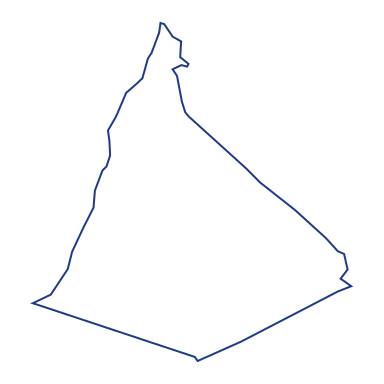 Agat, Guam
{"feature_id": "77769853B39660846480906", "entity_name": "Agat", "entity_type": "district", "adm_level": 2, "iso_a3": "GUM", "parent_name": "Guam", "parent_adm1": "", "projection": "orthographic", "projection_center": [144.666, 13.365], "detail": "fine", "context": "isolated", "style": "outline", "palette": "blue", "viewbox_px": 384, "rotation_deg": 0, "n_neighbors": 0, "source": "geoboundaries", "source_scale": "gbopen_adm2", "svg_char_len": 733}
<svg xmlns="http://www.w3.org/2000/svg" viewBox="0 0 384 384"><path d="M160.5,23.0L159.1,32.8L151.5,53.1L151.4,53.1L148.9,57.0L147.9,58.5L145.0,69.0L142.4,78.2L136.7,83.7L129.0,90.4L126.2,92.8L117.1,114.1L116.0,116.6L108.0,130.5L109.4,140.8L110.1,155.5L106.5,166.5L102.5,170.4L94.9,190.6L93.5,207.8L93.4,207.9L83.4,227.6L72.1,251.8L67.8,269.0L50.8,294.6L32.8,303.2L194.9,357.0L197.6,361.0L241.1,341.6L337.8,291.5L351.2,286.2L340.6,278.7L347.6,269.5L344.1,254.0L337.8,251.2L326.1,238.3L295.1,210.1L260.1,182.5L246.0,168.3L188.5,116.3L185.2,112.2L181.9,101.6L177.0,75.9L172.6,69.3L181.4,65.1L187.0,66.6L188.5,63.9L186.2,62.0L180.2,57.2L181.1,41.4L172.7,36.7L164.2,24.1L160.5,23.0Z" fill="none" stroke="#1e3a8a" stroke-width="2"/></svg>